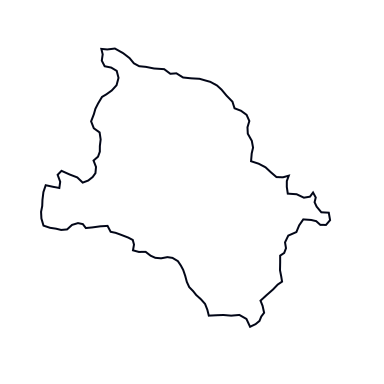 outline of Reduto, Minas Gerais, Brazil, rotated 111°
{"feature_id": "56859067B4238114789990", "entity_name": "Reduto", "entity_type": "district", "adm_level": 2, "iso_a3": "BRA", "parent_name": "Brazil", "parent_adm1": "Minas Gerais", "projection": "albers", "projection_center": [-41.937, -20.233], "detail": "fine", "context": "isolated", "style": "outline", "palette": "ink", "viewbox_px": 384, "rotation_deg": 111, "n_neighbors": 0, "source": "geoboundaries", "source_scale": "gbopen_adm2", "svg_char_len": 2012}
<svg xmlns="http://www.w3.org/2000/svg" viewBox="0 0 384 384"><g transform="rotate(111 192 192)"><path d="M278.9,81.4L273.0,85.3L268.9,89.1L261.7,85.5L253.9,81.4L247.7,78.8L243.4,75.8L239.1,78.3L233.5,81.8L226.3,84.4L219.8,86.9L215.9,84.1L210.8,84.1L205.7,87.1L198.2,86.5L192.0,80.2L184.7,80.0L177.7,78.3L175.4,70.7L174.7,65.6L176.7,60.4L174.7,55.1L168.8,53.0L162.3,56.9L164.6,64.0L161.0,70.4L157.6,73.9L152.8,74.5L149.1,78.8L154.1,80.2L157.2,85.5L156.6,93.5L159.2,102.0L153.3,105.3L147.8,107.4L142.1,107.5L145.7,112.4L147.8,118.5L145.3,125.5L142.6,132.2L141.7,139.9L142.1,147.9L134.5,150.1L128.7,150.9L122.8,154.5L117.6,160.8L111.7,163.4L105.2,163.9L100.4,168.7L98.6,175.4L98.6,182.3L93.2,186.6L89.6,194.4L85.9,201.0L83.6,206.8L82.6,214.4L83.1,219.6L83.6,225.5L86.2,233.6L88.3,241.4L86.8,249.1L89.4,254.6L87.3,262.0L90.3,271.7L91.7,279.9L93.5,286.4L92.7,292.4L89.4,298.2L87.1,305.9L85.7,315.4L89.3,322.2L90.9,327.9L95.5,324.7L101.7,323.3L105.9,318.6L104.8,312.0L105.9,305.7L111.8,301.5L119.4,300.7L126.0,303.3L131.6,307.0L135.5,310.1L143.0,311.4L148.9,312.0L154.5,311.5L162.2,311.5L167.7,306.5L169.5,299.6L175.7,296.1L182.1,294.5L187.4,292.5L192.7,292.4L197.9,295.2L203.0,290.6L209.0,288.9L213.6,290.1L218.5,293.0L222.4,297.4L219.5,304.3L219.5,312.4L219.0,321.4L224.1,323.6L229.7,318.7L235.8,317.3L236.9,323.3L238.1,331.0L245.3,330.7L252.9,328.8L258.8,326.8L264.6,325.8L270.7,323.1L276.6,318.6L276.3,311.7L275.0,305.9L274.3,300.5L271.7,295.2L265.7,292.2L261.9,287.3L261.1,282.4L263.7,278.2L260.8,272.4L256.9,265.3L253.9,258.7L258.3,253.7L257.5,248.7L257.4,243.3L257.4,235.3L258.0,230.1L261.9,227.3L267.6,226.2L267.0,220.2L264.5,213.8L266.3,207.8L266.6,202.7L265.0,197.1L261.6,191.6L260.5,186.6L261.6,180.4L264.7,176.0L267.9,172.3L272.7,168.3L277.8,164.6L281.8,160.5L284.1,155.5L286.7,151.1L289.0,145.1L291.8,139.7L296.4,135.5L301.4,132.0L298.3,125.0L295.6,118.7L293.4,111.1L289.8,103.7L291.0,95.7L297.0,89.5L292.6,85.3L288.2,82.8L283.4,82.7L278.9,81.4Z" fill="none" stroke="#020617" stroke-width="2"/></g></svg>